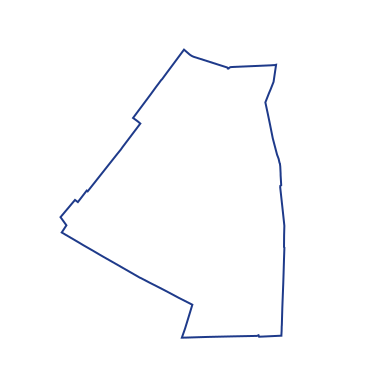 the district of Cazasu, Braila, Romania, rotated 284°
{"feature_id": "2599482B82277665245942", "entity_name": "Cazasu", "entity_type": "district", "adm_level": 2, "iso_a3": "ROU", "parent_name": "Romania", "parent_adm1": "Braila", "projection": "natural_earth1", "projection_center": [27.883, 45.271], "detail": "fine", "context": "isolated", "style": "outline", "palette": "blue", "viewbox_px": 384, "rotation_deg": 284, "n_neighbors": 0, "source": "geoboundaries", "source_scale": "gbopen_adm2", "svg_char_len": 1381}
<svg xmlns="http://www.w3.org/2000/svg" viewBox="0 0 384 384"><g transform="rotate(284 192 192)"><path d="M335.8,242.8L335.1,241.4L334.6,239.7L334.0,237.9L329.2,221.7L323.5,202.4L322.6,199.5L322.3,198.9L321.7,198.3L321.2,197.8L320.6,197.6L320.5,196.9L320.9,196.8L321.1,196.5L321.3,195.9L321.4,195.7L321.4,195.1L323.6,160.8L324.0,158.7L324.8,156.5L328.2,149.8L311.1,142.7L301.3,138.6L294.0,135.6L293.6,135.3L293.1,135.0L288.5,133.1L287.6,132.7L285.0,131.6L276.8,128.3L249.6,116.9L247.3,122.5L245.9,125.3L218.9,113.8L215.8,112.6L210.7,110.2L167.4,90.6L167.9,89.5L154.6,83.7L156.0,80.4L135.8,70.5L129.3,78.2L121.2,75.4L115.3,95.5L114.1,99.4L111.5,108.6L108.8,117.8L107.5,122.3L104.8,132.0L101.6,143.3L96.2,162.3L96.2,162.8L93.7,173.1L90.5,187.1L89.6,190.8L86.1,204.8L82.7,219.6L74.6,219.2L63.2,218.6L57.8,218.3L48.2,217.4L49.2,221.1L55.2,242.4L61.7,266.2L68.1,289.9L69.1,291.2L67.8,292.1L68.9,295.8L74.2,313.5L74.6,313.4L77.1,312.9L78.7,312.6L83.6,311.5L84.4,311.4L102.2,307.5L125.2,302.7L135.4,300.5L148.7,297.6L160.4,295.1L160.8,294.6L172.5,291.8L181.5,289.8L184.3,288.8L196.3,284.4L218.0,276.4L219.4,276.2L220.2,276.9L229.8,273.9L231.4,273.5L233.7,272.8L238.0,271.5L240.9,270.4L241.4,269.9L245.2,268.0L248.8,265.5L263.6,257.4L276.5,251.3L286.9,246.3L296.7,241.5L306.6,242.8L310.3,243.4L318.6,244.5L320.6,244.3L335.8,242.8Z" fill="none" stroke="#1e3a8a" stroke-width="2"/></g></svg>